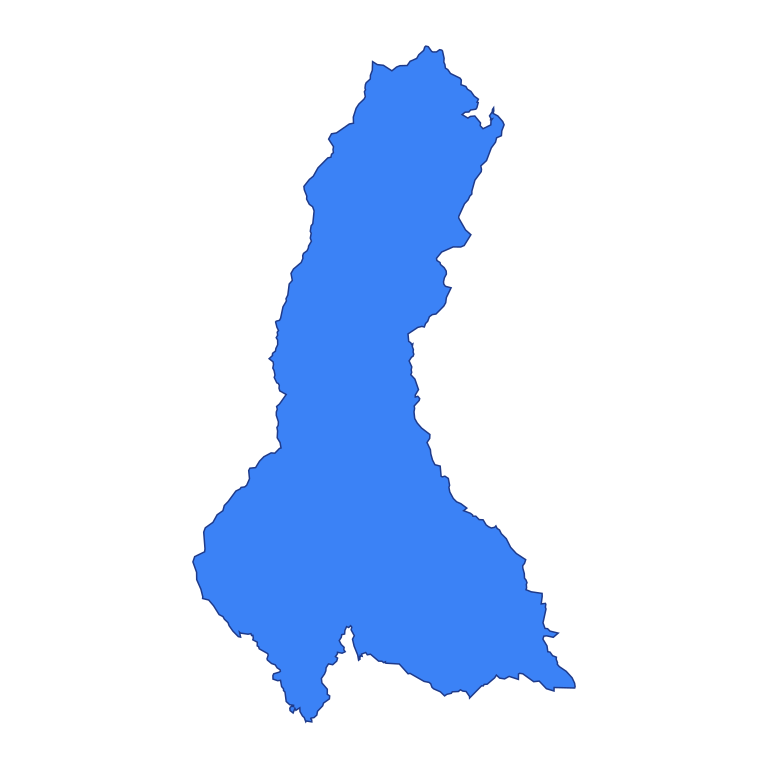 the district of Lopatari, Buzau, Romania
{"feature_id": "2599482B38865643072398", "entity_name": "Lopatari", "entity_type": "district", "adm_level": 2, "iso_a3": "ROU", "parent_name": "Romania", "parent_adm1": "Buzau", "projection": "orthographic", "projection_center": [26.556, 45.546], "detail": "fine", "context": "isolated", "style": "filled", "palette": "blue", "viewbox_px": 768, "rotation_deg": 0, "n_neighbors": 0, "source": "geoboundaries", "source_scale": "gbopen_adm2", "svg_char_len": 6088}
<svg xmlns="http://www.w3.org/2000/svg" viewBox="0 0 768 768"><path d="M574.7,688.0L575.1,686.6L574.6,683.2L572.1,677.8L566.2,671.3L559.3,666.6L557.3,664.2L557.5,662.7L556.2,659.3L556.4,657.2L552.6,655.7L550.0,652.1L547.8,651.7L547.0,645.9L542.9,639.1L543.8,636.2L546.5,635.8L553.3,637.3L558.2,633.1L550.0,631.1L547.6,628.7L545.0,628.4L543.0,622.8L546.0,609.0L545.4,607.2L545.8,604.3L545.4,603.4L541.2,603.9L542.2,596.4L542.1,593.4L531.2,591.8L526.0,589.7L526.6,587.8L526.3,584.3L527.0,582.7L526.0,580.0L524.5,578.2L524.3,573.6L522.8,568.1L522.7,565.7L524.5,563.4L525.7,559.7L516.3,553.5L510.6,547.3L506.3,538.7L501.3,533.7L499.5,530.0L497.1,528.4L495.9,525.9L494.6,527.3L491.3,528.0L488.5,526.7L486.1,524.9L483.1,519.8L479.1,519.6L475.8,516.2L472.9,516.2L472.6,515.0L470.5,513.3L463.6,510.7L466.8,508.1L460.9,503.7L456.6,501.8L453.3,498.5L449.8,492.0L448.9,487.3L449.6,485.3L448.3,478.4L444.9,476.2L442.2,476.9L441.1,476.2L440.2,466.1L434.9,464.7L432.5,460.0L430.8,453.9L430.4,449.7L427.0,442.5L429.7,438.4L429.9,434.5L421.5,428.0L417.2,423.0L414.7,418.5L414.0,411.8L414.6,408.5L414.2,406.0L419.2,400.4L419.7,398.6L417.8,396.3L415.3,397.0L415.3,395.0L418.5,389.6L414.9,379.1L410.8,374.7L411.7,372.4L411.2,369.9L411.8,366.9L409.1,360.9L411.5,357.2L413.1,356.2L413.8,354.2L413.1,352.0L413.4,349.6L412.3,346.6L412.8,343.8L411.6,344.5L410.8,342.8L408.7,341.4L408.0,333.9L417.8,327.4L421.9,326.4L424.3,327.0L425.6,323.5L427.7,321.3L429.4,316.7L432.3,314.6L436.0,314.0L443.8,306.1L445.7,302.7L446.4,297.5L451.1,287.8L445.4,286.3L443.8,284.1L443.5,281.8L444.4,277.8L446.4,274.1L446.2,271.0L444.2,267.7L440.5,264.5L440.0,262.5L436.9,260.5L436.5,258.3L441.7,252.0L453.2,246.9L460.7,247.0L464.2,245.5L470.9,234.7L465.5,229.9L458.7,218.0L458.8,216.3L464.5,203.8L468.1,199.9L469.8,196.1L471.8,194.1L471.9,191.0L474.9,180.2L481.2,171.7L481.5,169.4L480.8,165.9L486.5,160.6L491.3,147.9L495.5,142.2L496.6,137.8L501.4,135.7L501.8,130.8L504.1,124.8L502.7,121.5L497.9,116.0L493.1,113.4L493.8,110.9L493.6,107.8L492.5,109.4L492.2,111.8L489.5,115.9L490.8,118.3L490.6,119.5L492.3,118.9L491.0,120.8L490.8,124.9L483.0,128.7L480.2,125.7L480.5,122.9L474.8,116.0L470.4,116.4L467.9,118.1L462.1,114.6L465.1,112.2L468.9,112.0L470.6,110.0L475.8,109.2L476.9,107.7L478.2,102.6L477.0,102.2L478.4,99.2L474.2,96.1L470.9,91.4L467.4,89.2L465.9,86.5L461.0,84.7L461.3,80.0L460.1,78.2L450.5,73.5L447.8,69.6L445.4,68.1L444.9,64.5L443.8,62.1L444.1,58.3L442.5,51.0L441.7,50.1L439.6,49.7L436.6,51.9L433.0,52.0L431.6,51.4L428.3,46.7L425.8,46.1L424.7,47.1L423.7,50.4L418.8,54.7L416.7,58.4L410.1,61.3L407.2,65.5L400.0,65.7L396.6,67.0L391.9,70.8L383.4,65.3L377.3,64.6L372.6,61.6L372.3,70.3L370.4,75.3L370.3,79.0L366.2,82.7L365.4,84.6L365.0,88.1L365.5,89.8L364.4,91.7L365.3,96.7L364.1,99.0L358.9,104.0L356.1,108.3L353.3,117.1L353.5,123.2L349.3,124.0L336.5,132.9L331.5,133.8L328.6,139.1L333.5,146.7L333.0,149.6L333.4,152.6L331.5,154.3L330.9,157.2L327.8,157.9L318.0,167.8L313.3,176.2L309.4,179.4L303.9,186.4L304.3,189.8L306.8,196.1L306.6,199.1L309.3,204.3L312.6,206.7L314.1,210.9L312.8,223.7L311.1,225.8L310.3,231.3L311.2,233.3L310.3,238.1L311.4,241.2L308.6,246.0L308.3,248.2L307.0,250.8L303.5,253.4L302.7,255.7L302.9,258.4L301.2,262.5L293.5,269.0L291.0,273.4L292.3,280.4L289.2,284.0L287.8,295.1L286.0,298.7L286.4,301.0L283.0,306.8L280.6,318.2L279.5,320.3L276.2,321.2L275.6,322.0L276.9,327.2L278.5,330.5L277.2,332.2L277.7,335.2L276.2,337.7L277.6,339.9L277.7,344.7L275.9,348.4L275.4,351.2L273.0,352.9L272.4,354.0L272.5,355.5L269.1,358.7L273.1,361.9L273.5,364.5L272.8,368.1L274.1,370.6L275.0,375.2L274.2,377.4L276.8,382.8L278.3,383.5L279.3,385.4L279.0,388.2L279.8,390.9L286.2,394.5L279.5,404.0L276.6,406.5L277.3,409.2L276.3,412.0L276.3,415.4L278.4,421.8L278.2,425.4L276.9,427.5L277.6,430.9L277.2,437.8L280.1,442.6L281.0,448.0L279.5,448.4L274.8,453.2L271.1,452.9L263.9,456.7L259.5,461.2L255.6,467.6L249.9,468.2L248.7,470.5L249.5,478.8L246.7,485.2L244.7,486.9L241.1,487.4L240.0,489.0L235.9,491.0L228.1,501.6L224.3,505.5L222.9,510.7L217.1,514.8L213.0,522.3L205.3,527.8L203.7,532.1L205.0,548.9L204.6,551.8L194.7,556.6L192.9,561.9L196.6,572.3L196.7,579.6L200.9,589.2L202.8,596.8L202.6,598.5L208.7,600.0L213.6,605.8L219.1,614.6L223.0,616.6L224.4,619.2L228.0,622.6L229.1,625.7L232.9,631.1L238.3,636.6L240.6,637.1L239.5,632.2L240.5,633.1L248.1,634.2L250.9,633.6L251.6,635.5L252.8,635.3L253.3,638.0L252.8,639.8L257.3,642.2L257.2,645.9L258.6,646.7L259.2,648.8L267.7,653.6L268.2,655.2L267.0,658.8L267.4,660.0L271.5,663.5L275.2,664.8L277.1,667.8L280.1,669.8L280.4,671.3L279.3,672.1L273.7,673.8L272.9,675.6L273.0,679.1L277.7,680.7L280.5,680.3L281.6,686.6L283.5,688.8L283.5,690.5L285.0,692.1L286.2,701.5L289.7,704.7L293.6,705.3L293.5,706.6L291.8,706.2L290.3,707.2L289.8,708.4L290.1,710.6L293.1,713.0L294.9,708.4L295.9,710.3L299.8,707.8L300.0,711.6L302.5,716.0L304.2,717.5L305.8,721.8L306.3,721.0L311.8,721.9L311.7,719.9L310.7,718.7L311.0,718.1L314.0,717.6L316.8,715.1L317.5,711.3L322.7,705.8L323.5,703.1L329.4,698.9L329.7,695.9L327.3,694.3L327.3,689.2L321.9,682.9L321.4,678.4L324.5,674.0L325.8,670.9L326.1,667.7L328.5,663.9L332.7,664.7L336.7,661.1L337.6,658.1L335.4,656.6L337.4,653.9L337.5,652.3L342.1,653.2L345.2,651.7L343.8,649.7L344.1,647.3L341.2,644.5L339.2,640.6L341.3,637.3L341.7,634.7L344.6,634.0L344.9,630.4L346.6,626.6L348.7,627.5L350.6,625.7L351.8,627.2L351.1,629.8L354.3,635.7L352.5,639.2L354.1,646.1L357.7,655.0L358.6,660.2L360.0,659.1L359.3,658.3L360.0,657.8L359.5,656.8L360.5,656.4L360.3,655.6L362.1,656.2L361.5,654.1L365.7,652.5L367.3,654.8L370.5,654.2L378.6,661.1L381.9,661.2L383.6,662.6L385.4,661.8L385.3,662.9L386.0,663.2L399.3,664.0L408.1,673.8L410.1,673.4L424.1,681.4L429.0,682.4L430.7,683.7L431.9,687.2L433.6,688.8L440.4,691.8L444.6,695.9L446.9,694.3L451.3,693.3L452.3,691.8L458.4,691.5L460.4,689.8L462.8,691.1L466.1,691.5L469.5,696.4L469.6,698.0L481.6,685.8L483.3,685.9L484.1,684.4L487.2,684.2L494.6,677.9L496.4,675.1L499.6,678.1L504.6,678.9L509.1,676.4L518.4,679.4L518.5,674.0L519.6,673.3L522.8,673.8L533.7,681.7L539.2,681.1L546.4,688.7L554.0,691.0L554.1,687.5L574.7,688.0Z" fill="#3b82f6" stroke="#1e3a8a" stroke-width="1.5"/></svg>